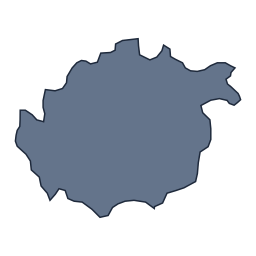 Yeongdong-gun, North Chungcheong, South Korea (Natural Earth projection)
{"feature_id": "91817680B4431337162748", "entity_name": "Yeongdong-gun", "entity_type": "district", "adm_level": 2, "iso_a3": "KOR", "parent_name": "South Korea", "parent_adm1": "North Chungcheong", "projection": "natural_earth1", "projection_center": [127.828, 36.154], "detail": "fine", "context": "isolated", "style": "filled", "palette": "slate", "viewbox_px": 256, "rotation_deg": 0, "n_neighbors": 0, "source": "geoboundaries", "source_scale": "gbopen_adm2", "svg_char_len": 1293}
<svg xmlns="http://www.w3.org/2000/svg" viewBox="0 0 256 256"><path d="M138.1,38.7L122.5,40.5L115.6,44.0L115.1,50.2L110.5,52.5L100.8,53.1L97.4,62.2L90.5,63.9L85.9,61.1L81.4,60.5L76.8,62.8L72.2,67.9L67.1,76.5L66.5,82.8L62.5,88.5L55.1,90.8L45.4,89.6L43.1,100.5L43.1,107.4L44.8,113.7L43.6,121.7L36.8,119.9L32.2,114.8L25.3,110.2L20.2,110.2L20.1,119.8L19.8,126.4L17.2,130.4L16.1,135.2L15.4,141.1L17.2,146.2L20.8,149.5L26.0,154.2L30.4,161.0L31.3,169.9L39.3,177.1L40.1,181.1L41.1,186.0L47.3,193.2L50.0,200.3L55.4,194.1L59.0,188.7L65.2,190.5L67.9,198.5L74.1,201.2L82.2,202.1L92.0,209.3L100.0,217.3L108.1,215.5L112.5,207.5L117.9,203.9L125.1,201.2L134.0,200.3L145.6,202.1L154.3,208.5L154.5,206.6L162.6,203.0L167.0,193.2L176.0,190.5L184.0,187.8L195.6,181.5L197.4,173.5L198.3,162.7L200.1,152.0L208.1,146.7L210.8,139.5L210.8,128.8L209.9,119.8L202.7,112.7L200.9,105.5L210.8,100.2L219.4,98.6L227.1,100.4L229.3,103.4L234.1,105.2L237.4,102.6L240.6,99.7L239.5,96.4L238.1,93.5L231.1,86.9L227.5,84.0L226.0,79.2L230.5,75.9L231.0,72.5L235.0,67.9L230.4,65.7L225.3,62.8L217.3,62.8L210.5,65.7L204.7,69.7L197.3,71.4L190.5,70.8L185.3,67.9L182.5,62.8L175.6,59.4L170.5,56.5L169.9,49.1L163.6,45.1L161.9,50.8L156.8,57.1L149.9,59.9L139.6,54.8L138.5,45.7L138.1,38.7Z" fill="#64748b" stroke="#1e293b" stroke-width="1.5"/></svg>